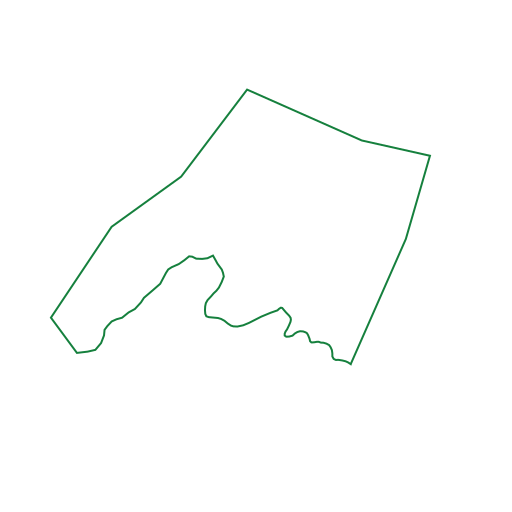 the district of Su'xbaatar, Selenge, Mongolia, rotated 303°
{"feature_id": "93677404B24748843870078", "entity_name": "Su'xbaatar", "entity_type": "district", "adm_level": 2, "iso_a3": "MNG", "parent_name": "Mongolia", "parent_adm1": "Selenge", "projection": "equal_earth", "projection_center": [106.187, 50.218], "detail": "fine", "context": "isolated", "style": "outline", "palette": "green", "viewbox_px": 512, "rotation_deg": 303, "n_neighbors": 0, "source": "geoboundaries", "source_scale": "gbopen_adm2", "svg_char_len": 1504}
<svg xmlns="http://www.w3.org/2000/svg" viewBox="0 0 512 512"><g transform="rotate(303 256 256)"><path d="M77.2,158.6L84.1,166.9L89.8,172.4L98.6,173.5L106.6,171.8L111.6,169.2L116.3,169.5L122.5,170.6L127.0,173.5L131.3,177.3L139.3,179.9L145.6,183.3L154.4,184.8L159.9,184.8L169.7,187.7L180.5,190.8L192.8,189.7L196.9,189.7L200.7,191.4L207.3,195.7L213.7,198.3L219.3,200.1L220.7,202.9L221.2,207.3L224.3,212.5L227.7,216.5L232.9,219.7L230.5,224.3L228.6,227.8L226.0,234.7L223.9,237.5L221.2,240.2L215.5,241.4L209.3,242.1L205.2,241.7L201.6,240.8L197.7,240.3L192.7,239.4L189.2,239.6L186.1,240.8L182.8,242.7L179.8,245.0L178.4,247.2L179.0,249.7L181.1,253.7L183.3,257.9L184.2,261.0L184.5,264.8L184.0,269.1L184.0,273.0L184.7,275.4L186.7,278.8L190.9,283.0L196.0,286.5L208.1,293.5L216.4,299.2L222.1,303.6L224.2,304.1L226.2,305.0L226.7,306.3L226.1,308.2L225.0,311.9L224.0,316.3L223.0,318.7L221.5,320.0L219.5,320.8L215.5,321.5L211.4,322.0L208.7,321.9L206.4,322.4L204.9,323.4L204.8,325.3L206.4,327.6L209.1,330.0L212.2,330.8L214.8,332.1L216.9,333.9L218.4,336.6L219.0,339.2L219.0,340.8L218.0,342.8L215.8,345.9L214.0,347.8L213.7,349.5L214.4,350.6L215.6,352.1L217.2,353.8L218.2,355.3L218.7,357.6L220.0,359.8L220.9,362.9L221.1,365.9L220.1,368.3L218.4,370.9L216.0,373.0L213.3,374.8L212.0,377.2L212.3,379.5L213.9,381.9L215.4,385.3L216.5,388.5L216.9,391.1L216.9,394.4L217.7,394.2L351.9,372.4L434.8,347.3L410.5,281.8L390.7,157.9L281.8,150.0L201.9,119.0L92.6,117.6L77.2,158.6Z" fill="none" stroke="#15803d" stroke-width="2"/></g></svg>